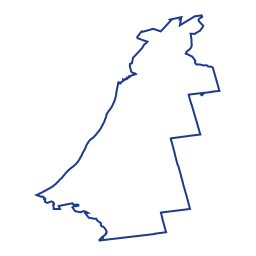 outline of Jūrkalnes pag., Ventspils, Latvia
{"feature_id": "27541924B11800996662451", "entity_name": "Jūrkalnes pag.", "entity_type": "district", "adm_level": 2, "iso_a3": "LVA", "parent_name": "Latvia", "parent_adm1": "Ventspils", "projection": "equal_earth", "projection_center": [21.409, 57.03], "detail": "fine", "context": "isolated", "style": "outline", "palette": "blue", "viewbox_px": 256, "rotation_deg": 0, "n_neighbors": 0, "source": "geoboundaries", "source_scale": "gbopen_adm2", "svg_char_len": 5269}
<svg xmlns="http://www.w3.org/2000/svg" viewBox="0 0 256 256"><path d="M194.8,16.3L179.9,25.3L181.0,18.8L180.1,19.1L181.2,17.2L170.0,19.6L171.0,20.3L165.4,26.4L163.8,28.2L160.7,31.4L153.2,28.8L146.6,30.7L142.7,31.8L142.0,31.3L140.9,32.2L137.3,36.9L137.4,38.1L144.1,40.6L147.4,41.6L146.5,42.8L144.2,44.5L142.1,48.1L138.5,52.0L133.0,57.8L131.9,63.3L130.0,63.8L129.8,66.1L131.2,71.6L132.3,72.6L133.9,73.2L135.3,73.5L135.9,74.1L129.7,76.1L129.9,76.3L129.7,76.5L129.8,76.7L129.5,76.8L129.3,76.7L129.0,76.8L129.0,77.0L128.7,76.9L128.5,77.0L128.1,77.3L128.1,77.6L127.8,77.6L128.0,77.8L127.8,78.0L127.6,78.1L127.4,78.1L127.3,78.4L127.2,78.5L126.9,78.5L126.6,78.6L126.7,78.8L126.4,78.8L126.2,79.0L125.8,78.9L125.5,78.9L125.4,78.9L125.4,79.0L125.6,79.0L125.2,79.2L125.3,79.3L125.3,79.5L124.9,79.5L124.7,79.7L124.6,79.8L124.3,79.9L124.3,80.0L123.9,80.1L123.5,80.1L123.4,80.0L123.4,80.3L123.2,80.5L123.3,80.7L123.2,80.8L123.1,80.7L123.1,81.0L122.9,81.1L122.7,81.0L122.2,81.0L122.4,81.1L122.2,81.5L121.8,81.7L121.6,81.9L121.3,82.0L121.1,82.2L121.1,82.3L120.9,82.8L120.4,83.0L120.1,83.2L120.2,83.4L119.3,83.4L119.5,82.7L119.2,82.7L118.5,82.3L118.1,82.9L118.1,83.9L118.1,84.0L118.0,84.4L118.0,84.8L117.5,86.6L117.4,87.4L116.9,89.3L116.8,89.9L116.8,90.5L116.5,91.3L116.5,91.8L116.5,92.3L116.3,92.7L116.3,93.2L116.2,93.6L116.2,94.4L115.9,95.6L115.7,96.8L114.5,101.0L113.9,102.4L112.9,104.3L112.6,105.1L111.2,107.7L110.4,108.8L110.2,109.1L110.1,109.3L109.9,109.6L109.3,110.3L108.9,110.6L108.7,110.9L108.6,111.2L107.9,112.2L107.5,112.9L107.4,113.3L107.2,113.6L106.8,114.0L106.6,114.3L106.3,115.1L106.3,115.3L106.3,115.8L106.3,116.1L105.4,118.7L105.0,119.5L104.8,120.1L104.4,121.2L104.4,121.5L104.1,122.0L103.9,122.4L103.1,123.8L102.8,124.7L102.4,125.3L102.0,126.0L101.8,126.3L101.6,126.6L101.0,128.0L100.5,128.7L100.0,129.4L99.1,130.8L98.0,132.0L97.6,132.6L96.5,133.9L96.4,134.1L96.3,134.3L95.2,135.5L94.8,135.9L94.3,136.4L93.8,137.0L93.6,137.3L92.9,137.9L92.0,138.4L91.6,138.6L91.4,138.8L91.2,138.9L90.5,139.6L89.9,140.2L89.2,140.9L88.3,142.1L88.0,142.8L87.3,143.8L86.5,145.0L86.3,145.8L85.7,147.4L85.2,148.2L85.0,149.1L84.4,149.8L84.2,150.4L83.1,152.3L82.6,153.1L82.3,153.6L81.7,155.4L81.4,155.9L81.1,156.2L80.8,156.6L80.4,157.6L79.9,158.4L79.8,158.7L79.4,159.4L78.8,160.2L78.4,160.8L77.1,162.8L76.0,163.9L75.0,164.8L74.1,165.8L73.5,166.3L72.4,167.0L70.4,168.6L68.8,169.9L68.8,170.0L68.2,170.4L67.6,171.1L66.8,172.0L65.7,173.0L65.1,174.0L64.5,174.6L63.9,175.4L63.3,175.9L63.0,176.4L62.1,177.6L60.3,179.2L58.5,181.2L57.9,181.9L56.7,182.9L55.5,184.2L53.8,185.5L53.2,186.0L52.6,186.5L52.3,186.6L51.9,186.9L51.0,187.4L49.8,188.2L48.8,188.8L48.3,189.0L47.4,189.4L46.5,190.1L43.7,191.4L42.0,192.5L39.2,193.7L38.8,194.0L36.6,195.0L37.8,195.5L40.7,196.5L41.7,196.8L42.0,196.5L43.4,196.9L43.8,198.1L44.0,198.9L45.1,198.4L45.3,198.6L45.0,199.3L45.0,199.9L45.1,200.4L44.8,201.4L45.0,201.7L46.0,202.4L46.4,202.5L47.3,202.9L51.0,201.5L51.9,201.6L53.1,202.2L53.9,203.5L53.4,204.2L53.9,204.5L53.2,205.7L53.5,206.1L53.6,207.5L53.7,209.0L60.0,209.0L58.7,206.0L68.7,204.0L72.5,203.3L72.9,204.2L73.9,204.7L77.8,204.7L78.4,204.9L78.4,205.6L75.7,206.3L74.3,206.1L72.4,207.3L75.1,211.1L80.4,212.3L83.4,211.1L85.7,211.7L88.0,212.9L85.3,213.3L88.7,217.7L94.9,218.8L96.2,218.7L96.7,219.9L96.9,220.1L98.4,221.4L100.9,223.1L100.9,225.0L101.4,226.2L101.7,226.4L102.1,226.5L102.8,226.4L103.8,227.2L104.7,228.1L106.1,230.4L106.4,231.1L106.7,231.7L106.6,231.9L106.3,232.2L106.3,232.4L106.6,232.8L106.5,233.0L106.4,233.2L106.0,233.4L106.0,233.5L106.0,234.0L105.7,234.3L105.2,234.5L105.1,234.9L104.9,235.1L104.2,235.5L103.3,236.3L103.1,236.7L102.9,236.8L102.4,236.8L102.2,237.0L102.3,237.2L102.7,237.4L102.7,237.5L102.9,237.8L103.0,237.9L102.9,238.0L102.1,237.9L101.8,237.9L101.5,238.1L101.2,238.1L98.9,240.5L98.6,240.6L112.8,238.9L120.1,238.1L120.5,238.0L154.7,234.0L154.7,233.9L155.0,233.8L155.0,233.7L166.1,232.2L164.6,227.0L162.2,218.1L162.3,218.1L160.9,212.6L161.1,212.5L168.6,211.6L173.5,211.0L180.1,210.2L182.3,209.9L182.7,209.9L190.0,208.9L189.9,208.7L189.2,205.9L188.4,202.9L187.2,198.3L184.3,188.1L182.9,183.3L182.8,182.3L181.6,178.2L180.8,174.9L178.1,165.3L177.7,165.0L176.7,161.5L175.3,156.1L174.6,152.9L171.0,139.4L170.9,139.5L170.7,138.5L170.7,138.4L170.8,138.3L182.5,136.8L185.5,136.4L188.9,135.9L200.3,134.5L197.4,124.4L196.9,122.5L195.9,119.4L191.7,104.9L191.5,104.7L190.0,99.8L189.1,96.5L189.1,96.0L188.7,94.6L200.7,93.2L201.1,93.5L201.1,93.9L201.5,94.2L201.1,94.5L201.2,94.8L201.5,95.2L202.1,95.2L202.2,94.7L202.4,94.2L202.9,94.2L203.3,93.8L201.6,93.1L204.9,92.7L205.2,92.8L212.1,91.9L212.1,91.7L214.1,91.4L214.3,91.5L219.4,90.9L216.7,81.2L214.0,71.9L212.9,67.8L212.8,67.7L211.5,66.7L208.9,66.6L207.8,66.3L207.3,65.5L205.2,65.2L203.5,65.5L200.1,64.5L199.5,64.5L198.1,64.4L197.5,64.6L197.3,64.6L196.2,64.2L195.6,63.7L194.9,62.3L195.4,61.0L194.5,59.5L192.6,57.2L192.4,56.7L186.5,53.8L185.8,53.8L185.7,53.5L185.8,53.3L186.1,52.7L186.6,51.9L186.8,51.5L187.3,51.2L188.5,50.1L189.3,49.6L190.8,48.0L191.2,47.5L191.3,47.0L191.5,46.3L191.6,45.5L191.7,45.1L191.8,44.7L191.6,43.8L191.4,41.0L191.6,40.4L190.6,33.7L194.9,33.9L195.8,33.1L199.9,30.8L201.4,28.8L202.5,27.5L203.2,25.7L199.5,21.9L198.6,20.5L198.7,19.1L202.2,16.8L201.7,15.4L201.3,15.4L194.8,16.3Z" fill="none" stroke="#1e3a8a" stroke-width="2"/></svg>